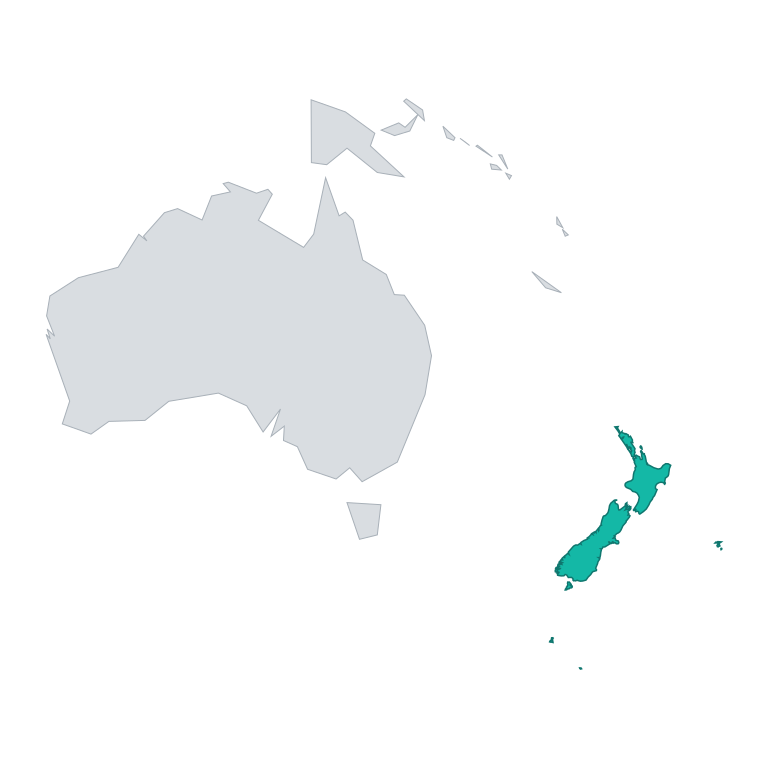 Oceania, with New Zealand highlighted
{"feature_id": "NZL", "entity_name": "New Zealand", "entity_type": "country or territory", "adm_level": 0, "iso_a3": "NZL", "parent_name": "Oceania", "parent_adm1": "", "projection": "mercator", "projection_center": [173.207, -30.558], "detail": "fine", "context": "in_parent", "style": "filled", "palette": "teal", "viewbox_px": 768, "rotation_deg": 0, "n_neighbors": 5, "source": "natural_earth", "source_scale": "50m", "svg_char_len": 7888}
<svg xmlns="http://www.w3.org/2000/svg" viewBox="0 0 768 768"><path d="M311.1,99.8L345.4,111.9L374.8,133.3L370.4,145.9L404.0,176.9L377.3,172.5L347.0,148.2L326.7,164.7L311.4,162.6L311.1,99.8ZM422.6,110.0L424.4,120.6L403.7,101.2L406.3,98.9L422.6,110.0ZM409.8,131.0L394.6,135.6L381.2,130.1L398.7,122.9L405.1,127.3L417.8,114.7L409.8,131.0ZM442.9,126.2L455.0,137.7L453.7,140.4L446.8,137.7L442.9,126.2Z" fill="#d9dde1" stroke="#a8b0b8" stroke-width="1"/><path d="M562.3,229.2L568.3,234.9L565.2,236.2L562.3,229.2ZM562.8,227.7L556.9,224.2L556.7,216.6L562.8,227.7Z" fill="#d9dde1" stroke="#a8b0b8" stroke-width="1"/><path d="M531.8,271.6L561.4,292.7L545.6,287.8L531.8,271.6Z" fill="#d9dde1" stroke="#a8b0b8" stroke-width="1"/><path d="M511.5,175.6L509.4,179.2L505.8,173.2L511.5,175.6ZM502.0,154.9L507.8,169.1L498.7,154.9L502.0,154.9ZM501.3,170.0L491.7,169.2L490.3,163.9L496.6,165.4L501.3,170.0ZM477.4,145.2L492.4,157.0L476.0,146.2L477.4,145.2ZM465.7,142.4L469.6,145.5L460.0,138.3L465.7,142.4Z" fill="#d9dde1" stroke="#a8b0b8" stroke-width="1"/><path d="M347.0,502.6L380.9,504.7L377.3,534.9L359.5,539.3L347.0,502.6ZM168.8,401.3L145.0,420.4L108.9,421.4L91.0,434.1L62.3,423.9L69.7,401.1L46.1,334.3L50.3,338.9L47.1,329.0L54.6,336.2L46.6,315.9L49.9,296.0L78.4,277.7L118.1,267.3L138.8,234.3L146.9,240.9L143.5,236.2L164.4,212.7L177.6,208.6L202.1,220.0L211.6,196.0L230.4,191.9L223.2,183.6L228.3,182.2L256.5,193.2L267.9,189.3L272.3,194.2L258.4,220.3L303.6,247.4L313.7,234.1L325.6,177.7L339.1,215.8L345.2,212.1L353.0,220.2L362.7,260.0L386.3,274.5L394.3,294.6L404.3,295.2L424.7,325.3L431.5,355.7L425.0,394.8L397.3,462.1L362.1,481.7L349.7,467.8L336.1,479.0L307.6,469.3L297.4,446.7L283.5,440.5L284.3,426.1L271.1,436.3L280.5,409.0L263.1,432.0L246.7,405.8L218.4,393.1L168.8,401.3Z" fill="#d9dde1" stroke="#a8b0b8" stroke-width="1"/><path d="M618.8,509.9L619.9,509.9L624.8,506.2L626.8,505.4L627.3,505.3L626.8,506.1L626.2,506.4L626.1,506.7L626.5,507.2L625.9,507.9L626.0,508.8L625.3,509.8L626.3,509.4L626.6,508.7L626.5,508.3L626.9,507.6L627.5,507.2L627.3,506.2L628.4,506.4L629.3,506.1L629.4,506.6L630.2,506.6L629.2,508.4L627.7,509.4L628.6,509.5L630.8,507.6L630.8,508.7L629.6,510.3L628.3,511.0L627.9,511.8L628.2,512.8L628.8,513.5L628.1,514.9L628.9,514.7L630.0,515.8L629.3,517.2L627.0,520.2L626.2,520.8L626.2,521.8L625.7,522.6L622.9,525.8L621.0,530.0L619.8,531.8L618.4,532.9L616.6,533.7L615.0,535.5L614.1,535.7L614.1,536.0L615.2,536.8L614.8,537.4L613.5,537.8L613.2,538.2L614.8,538.0L615.2,538.3L615.9,540.3L618.4,541.0L618.8,542.6L618.6,543.2L618.3,543.7L616.9,543.9L616.0,543.6L615.3,542.8L612.9,543.2L612.7,543.1L613.7,542.3L612.7,541.7L611.9,542.4L611.8,543.1L611.5,543.4L611.0,543.6L608.5,541.4L609.8,543.9L604.9,546.9L602.8,547.1L602.5,548.1L602.0,548.7L600.8,548.8L601.5,549.3L600.8,552.3L600.4,555.6L599.9,557.6L598.5,557.6L599.8,558.5L599.6,559.3L598.0,561.7L597.5,563.8L595.7,568.1L595.7,568.5L596.5,569.6L596.4,570.6L593.0,571.6L592.2,572.3L590.7,574.6L588.2,577.0L586.0,580.1L582.7,581.0L580.3,581.2L577.1,580.3L575.3,580.9L574.3,580.6L573.5,580.8L572.9,580.0L573.1,579.2L572.9,578.6L571.6,577.4L568.3,577.5L566.8,575.1L565.4,574.5L564.9,574.6L564.2,575.6L563.7,575.8L561.2,575.9L558.6,575.5L557.6,575.2L557.5,574.3L559.4,571.8L557.6,573.1L556.9,573.0L557.6,571.9L557.5,570.9L556.5,571.8L555.4,571.9L555.2,571.1L555.3,570.1L555.5,569.8L558.6,569.3L559.8,569.0L560.2,568.5L558.4,568.3L558.3,567.5L558.5,567.0L560.1,566.0L557.7,566.2L557.8,565.1L558.1,564.3L559.4,564.3L559.0,563.7L559.0,563.0L559.3,562.9L560.7,564.0L561.7,564.3L561.3,563.6L561.3,563.1L562.4,562.7L560.5,561.8L560.5,560.4L561.4,559.4L562.0,560.0L562.7,559.9L561.9,558.7L562.1,558.3L564.2,556.4L564.7,558.2L564.8,557.0L564.6,556.6L564.9,555.7L565.7,555.2L567.8,553.3L568.9,554.2L568.5,553.2L568.4,552.0L573.3,546.4L574.2,545.7L576.0,544.9L577.5,545.2L580.0,543.5L581.1,544.2L580.7,542.9L581.0,542.4L584.3,540.3L585.7,539.9L586.7,539.2L587.4,539.2L587.4,538.1L588.1,538.0L587.6,537.7L589.1,536.7L591.3,534.3L591.8,534.0L592.8,534.5L592.5,533.9L591.9,533.5L593.4,532.6L594.8,533.3L594.1,532.6L594.0,532.2L595.3,531.6L596.0,532.5L596.1,531.2L598.3,528.4L598.6,529.0L598.7,530.6L598.9,530.3L598.8,528.1L600.4,525.6L601.5,525.1L601.0,524.3L602.0,520.1L603.2,516.5L603.7,516.0L605.5,515.5L607.6,513.2L608.2,512.0L609.0,508.9L609.5,505.7L610.7,503.3L614.3,500.2L616.1,499.9L617.2,500.2L615.1,500.5L614.9,502.1L615.5,503.4L617.6,504.4L618.1,505.7L618.4,508.7L618.8,509.9ZM620.3,432.5L620.4,433.1L622.0,431.5L621.9,432.5L622.2,432.7L624.3,433.4L624.8,433.9L625.2,434.1L625.8,433.6L628.3,435.0L628.4,436.4L628.7,436.8L629.2,436.9L630.4,436.2L632.5,440.1L632.2,441.1L632.8,442.5L631.0,442.4L631.1,442.7L635.0,448.7L634.5,450.9L635.1,452.3L634.7,452.8L634.5,454.3L634.2,454.5L634.2,455.1L635.4,455.5L635.8,455.9L636.1,455.4L636.4,455.2L637.3,455.9L639.7,456.9L640.2,458.9L640.6,459.5L642.1,459.4L642.3,458.9L641.6,455.4L641.5,453.3L640.6,451.7L640.7,451.0L641.3,450.7L643.4,454.0L644.3,453.8L644.3,454.6L644.9,455.5L645.3,456.5L646.4,462.2L647.5,463.5L647.7,464.0L647.0,463.7L646.7,463.9L646.8,464.2L647.5,464.8L649.2,465.2L653.8,467.7L657.6,468.9L658.7,469.0L660.4,468.5L661.4,467.8L663.0,465.5L665.7,463.7L668.2,463.8L670.7,465.3L669.4,468.6L668.6,474.5L668.2,475.8L666.4,477.5L665.4,477.9L664.7,481.6L665.3,483.1L664.7,484.3L664.4,484.1L663.6,482.7L661.0,482.2L658.9,482.7L656.8,484.0L655.6,485.8L655.4,488.2L655.7,488.8L657.1,489.6L654.5,495.7L653.0,497.4L652.3,499.3L650.1,502.1L648.9,504.8L646.3,509.0L643.4,511.6L639.8,514.1L639.0,513.6L638.5,511.6L637.4,511.3L635.7,511.7L635.7,509.9L635.9,509.4L635.6,509.2L635.2,509.3L635.1,509.7L635.3,510.0L634.5,510.5L633.7,510.5L633.4,510.0L637.0,504.4L638.4,501.5L639.3,497.3L638.4,495.2L637.0,493.1L635.1,492.0L632.7,491.4L630.7,489.3L626.7,487.6L625.5,486.6L625.0,485.2L625.2,483.9L625.8,483.0L628.0,481.7L631.1,480.8L632.7,479.4L633.0,478.7L633.5,474.3L634.1,471.8L635.0,470.3L635.3,469.3L635.0,467.8L635.3,467.2L636.2,466.7L634.3,462.4L634.6,461.1L634.1,460.9L632.9,458.2L633.1,457.8L633.6,458.0L634.3,459.6L634.4,458.8L635.0,458.3L636.2,458.0L634.8,456.3L633.0,456.8L631.8,456.3L630.9,453.7L629.1,450.9L629.6,450.8L631.1,452.2L631.6,451.1L631.6,450.4L630.7,449.5L630.7,448.9L631.1,448.3L631.0,447.9L629.8,447.0L629.7,447.4L629.9,448.0L629.7,448.0L627.6,446.5L626.5,444.0L626.5,445.3L628.9,449.0L628.7,449.5L628.2,449.7L627.8,449.3L626.8,447.1L621.7,439.7L622.3,438.7L623.3,437.9L623.7,437.0L623.3,437.0L622.5,437.5L621.3,439.2L620.7,438.5L620.3,437.3L619.9,437.2L618.8,435.7L619.5,434.7L619.5,433.5L618.0,431.0L614.9,426.9L618.1,426.6L617.4,427.9L619.3,431.0L619.4,431.6L620.3,432.5ZM571.2,584.4L571.2,585.0L570.2,584.8L570.2,585.4L571.0,585.7L571.3,586.2L572.1,586.0L572.3,586.7L572.1,587.3L571.6,587.8L569.9,588.0L568.9,588.9L567.7,588.8L566.7,589.8L565.2,590.0L565.4,589.1L566.2,588.3L566.5,587.0L567.3,586.5L567.3,585.7L567.9,585.0L567.5,583.5L567.7,582.1L569.4,582.1L571.2,584.4ZM721.4,541.9L721.0,542.2L720.5,542.2L719.4,543.5L719.5,542.5L719.2,542.1L718.1,542.5L718.9,542.9L718.3,543.5L718.9,544.7L719.4,544.7L719.9,545.7L719.9,546.0L718.8,546.3L718.2,546.9L717.4,546.7L717.1,545.8L717.0,545.4L718.1,544.0L717.8,543.3L717.0,542.9L715.0,543.0L715.8,542.1L716.7,542.2L717.7,541.6L721.4,541.9ZM552.8,641.2L553.0,642.5L551.3,642.1L550.8,641.4L550.4,642.1L549.6,641.9L549.8,641.2L551.3,639.9L551.6,637.8L552.8,637.7L553.2,638.1L552.6,638.9L552.7,640.2L552.4,640.5L552.8,641.2ZM641.8,447.2L642.1,449.0L641.4,448.8L641.1,448.3L640.2,447.6L640.1,446.7L640.6,446.0L640.8,445.9L641.8,447.2ZM626.5,504.6L625.2,505.3L625.5,503.7L626.9,502.7L626.9,503.6L626.5,504.6ZM557.8,567.7L557.6,568.7L555.7,568.3L556.1,567.5L557.2,567.1L557.8,567.7ZM581.1,668.0L581.6,668.8L580.6,669.1L579.8,668.5L579.6,667.9L581.1,668.0ZM560.0,561.2L560.4,562.8L559.6,562.5L559.2,562.0L560.0,561.2ZM721.4,549.6L721.0,549.7L720.9,548.5L721.6,548.3L721.9,548.9L721.4,549.6Z" fill="#14b8a6" stroke="#0f766e" stroke-width="1.5"/></svg>